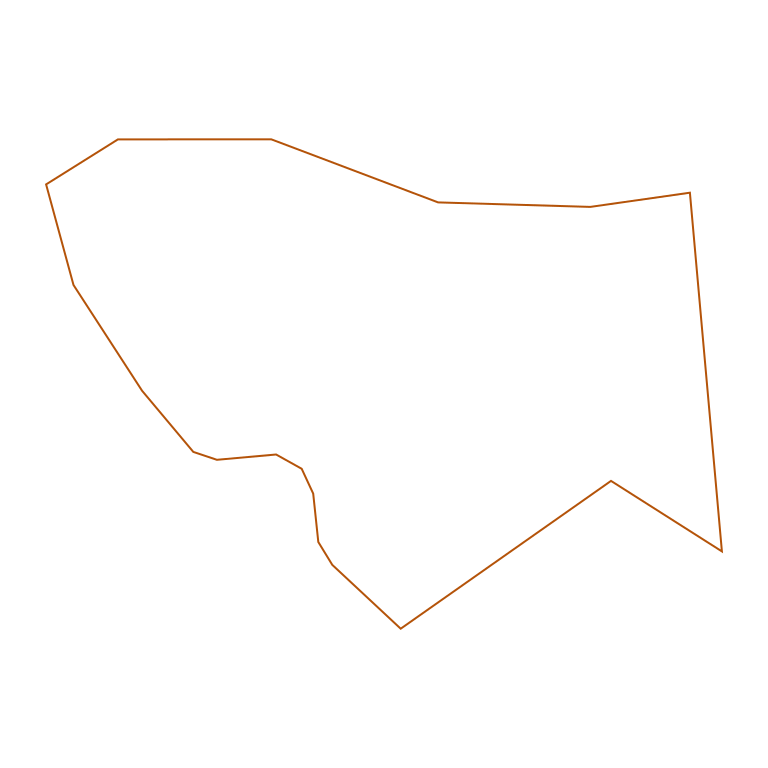 map outline of Vaisigano (Albers equal-area conic projection)
{"feature_id": "WSM-4992", "entity_name": "Vaisigano", "entity_type": "state/province", "adm_level": 1, "iso_a3": "WSM", "parent_name": "Samoa", "parent_adm1": "", "projection": "albers", "projection_center": [-172.717, -13.564], "detail": "fine", "context": "isolated", "style": "outline", "palette": "amber", "viewbox_px": 768, "rotation_deg": 0, "n_neighbors": 0, "source": "natural_earth", "source_scale": "10m", "svg_char_len": 353}
<svg xmlns="http://www.w3.org/2000/svg" viewBox="0 0 768 768"><path d="M400.7,628.7L332.3,564.9L318.3,542.0L313.2,493.6L301.7,468.8L276.1,454.5L216.9,459.8L193.3,451.9L142.1,390.8L73.5,285.0L46.1,184.4L117.9,139.4L271.2,139.3L438.1,202.4L590.3,206.9L689.9,192.7L721.9,551.4L611.0,480.9L400.7,628.7Z" fill="none" stroke="#b45309" stroke-width="2"/></svg>